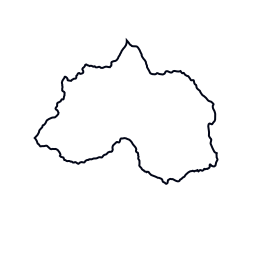 the district of Imues, Nariño, Colombia, rotated 330°
{"feature_id": "7082276B38506776880205", "entity_name": "Imues", "entity_type": "district", "adm_level": 2, "iso_a3": "COL", "parent_name": "Colombia", "parent_adm1": "Nariño", "projection": "robinson", "projection_center": [-77.501, 1.069], "detail": "fine", "context": "isolated", "style": "outline", "palette": "ink", "viewbox_px": 256, "rotation_deg": 330, "n_neighbors": 0, "source": "geoboundaries", "source_scale": "gbopen_adm2", "svg_char_len": 5803}
<svg xmlns="http://www.w3.org/2000/svg" viewBox="0 0 256 256"><g transform="rotate(330 128 128)"><path d="M214.0,150.1L213.8,148.8L213.2,146.9L211.6,145.1L211.1,144.1L210.6,140.9L209.7,138.3L209.0,137.0L208.8,136.2L208.6,133.2L208.8,132.4L208.8,131.7L207.8,129.0L207.6,127.9L207.7,127.0L208.4,125.2L208.4,124.7L207.9,123.7L207.8,122.8L207.9,122.2L208.7,119.7L208.6,119.4L208.3,119.1L206.8,118.4L206.5,118.1L206.4,117.5L206.4,116.0L206.1,113.3L205.1,112.3L204.4,111.1L204.1,110.5L203.8,108.2L203.6,108.0L202.6,107.8L202.3,107.5L202.0,106.3L202.0,105.2L201.9,104.9L200.8,104.7L199.9,104.3L198.6,103.4L197.5,102.4L196.7,101.8L196.0,101.5L194.9,101.5L194.2,101.8L193.4,101.7L192.8,101.4L192.0,100.5L190.8,98.8L190.3,98.4L189.5,98.0L189.1,98.0L188.6,98.1L187.1,99.1L186.6,99.2L185.1,99.1L184.7,98.9L182.1,96.9L181.0,95.3L180.5,95.0L179.3,95.2L178.2,95.0L177.2,94.3L176.0,93.5L175.2,92.5L174.8,91.9L174.7,91.3L174.9,89.0L174.9,85.0L175.0,84.6L175.6,83.5L175.8,81.6L176.4,79.8L176.5,79.5L176.4,77.4L176.1,76.1L175.9,73.5L176.1,72.0L176.6,71.1L176.7,69.0L177.0,66.3L176.9,63.6L176.6,62.3L176.2,61.7L175.5,61.1L173.3,59.8L172.3,58.9L172.1,58.0L171.8,57.6L171.4,56.6L171.2,54.2L170.7,51.6L170.2,52.5L169.4,53.6L167.7,55.2L165.3,56.4L163.7,56.9L161.1,58.1L159.3,59.4L158.0,60.1L157.5,60.6L155.3,61.7L154.1,62.7L152.2,63.5L151.1,63.6L150.3,63.5L148.8,62.9L147.0,62.7L146.5,62.9L146.1,63.3L145.4,64.7L144.6,65.7L143.8,65.8L142.8,66.3L141.6,65.5L140.5,64.5L139.5,63.8L138.2,63.5L136.2,63.3L135.0,62.6L134.6,62.3L134.0,60.9L133.2,60.4L131.8,60.1L130.7,59.5L130.2,59.0L130.1,58.1L129.9,57.9L129.5,57.7L128.5,57.5L128.1,56.7L127.3,55.8L126.7,55.4L125.7,55.2L125.5,54.9L125.1,54.2L124.1,53.2L123.8,52.3L123.3,52.0L122.5,52.0L121.4,52.9L120.9,53.1L119.9,53.4L118.9,53.5L118.0,54.1L117.8,54.4L117.7,56.3L117.5,56.7L117.1,57.4L116.8,57.6L116.4,57.8L115.5,57.8L114.0,57.4L113.6,57.1L113.4,56.2L113.1,55.9L111.8,55.8L110.4,56.8L109.4,57.0L108.3,58.6L107.5,59.0L107.0,58.9L105.8,58.3L105.5,58.3L103.5,58.3L102.3,58.7L100.5,57.3L99.9,56.8L99.7,56.5L99.8,55.8L100.1,55.5L100.2,55.1L100.2,54.4L100.1,53.9L99.7,52.8L99.4,52.4L99.1,52.1L98.7,52.1L98.0,52.7L95.0,54.2L94.4,54.7L93.4,55.7L93.1,56.4L92.8,57.5L92.6,58.0L92.2,58.4L92.0,59.3L91.5,60.2L90.8,60.9L89.8,62.6L89.9,63.3L90.7,64.8L90.7,65.4L90.7,65.9L89.9,66.9L89.5,67.8L88.3,68.8L86.9,70.5L86.7,70.7L86.0,70.8L85.3,70.2L84.8,70.1L82.9,71.2L81.4,71.1L80.9,71.2L80.0,71.0L79.6,71.0L78.8,71.5L77.7,73.4L77.4,73.7L75.7,74.3L75.0,74.9L74.9,75.3L74.9,75.7L75.0,76.2L75.6,77.2L75.7,77.9L75.5,78.6L75.5,80.0L74.5,81.1L72.2,81.9L70.3,82.2L69.9,82.2L68.3,81.4L67.1,81.0L64.0,80.7L61.7,80.8L61.2,81.0L59.0,82.5L58.4,82.8L57.1,83.2L56.6,83.3L55.6,83.1L55.2,83.3L54.5,84.1L53.9,84.5L52.5,84.9L50.4,85.6L49.9,85.9L48.6,87.3L47.1,88.2L46.1,88.8L42.2,90.0L42.4,90.8L42.5,92.6L42.5,93.6L42.0,96.2L42.1,96.6L42.6,97.6L42.7,99.0L42.9,100.0L43.3,100.3L44.5,100.7L46.2,101.7L48.0,102.3L48.4,102.5L48.7,102.7L49.0,103.2L50.1,106.8L50.5,107.5L51.0,108.0L52.2,108.4L53.7,109.4L54.9,110.0L55.2,110.4L55.9,111.5L56.2,112.2L56.5,115.0L56.3,116.9L56.1,117.4L55.8,117.7L55.1,118.1L55.4,119.3L57.3,121.3L56.9,123.9L57.4,124.1L58.5,126.0L58.8,126.3L59.1,126.5L59.6,126.6L60.6,127.2L61.0,127.6L61.5,128.4L62.4,128.9L62.7,129.4L63.0,130.3L63.9,130.9L65.1,131.1L65.6,131.5L66.4,133.1L67.0,134.1L67.5,134.2L69.0,133.9L70.1,134.1L70.9,134.4L72.0,135.4L72.8,135.9L73.3,135.9L74.8,135.2L75.4,135.2L76.7,135.3L77.9,135.9L78.6,135.7L79.0,135.8L80.8,136.9L81.4,137.0L82.9,137.2L84.6,138.1L85.8,138.6L88.0,138.8L89.2,139.3L90.0,140.1L90.8,140.4L91.2,140.3L92.9,139.6L93.4,139.5L94.3,139.5L95.8,139.9L96.5,139.8L98.5,139.2L100.2,139.4L101.6,140.2L102.6,140.2L103.9,139.2L104.6,137.5L105.0,136.8L106.1,135.8L106.8,135.5L111.0,134.5L111.6,134.7L112.4,135.6L113.0,136.0L113.3,136.0L114.2,135.5L115.7,134.0L116.5,133.6L117.2,133.8L117.7,134.2L119.9,135.0L121.2,136.1L121.7,136.9L122.7,138.1L123.2,138.7L123.7,140.0L124.1,142.0L124.1,144.6L124.7,147.9L124.8,148.9L124.7,149.9L124.5,150.6L123.8,151.3L123.4,151.9L123.3,152.5L123.4,153.3L124.0,154.1L124.1,154.6L123.5,156.2L123.0,156.9L122.8,158.1L121.8,159.2L121.5,159.9L121.6,161.8L121.4,162.3L120.2,164.5L119.0,166.2L119.0,167.2L119.5,169.2L119.5,170.8L120.0,172.0L120.5,172.7L120.5,173.3L120.7,173.9L121.8,174.9L121.9,175.5L123.0,175.7L123.4,175.9L123.9,176.7L123.9,177.8L124.6,180.3L127.6,184.0L129.0,186.1L130.0,186.7L131.5,188.7L131.8,189.7L131.4,191.5L131.4,192.1L131.6,192.5L132.4,193.5L132.9,195.1L133.4,195.5L134.1,195.5L134.5,195.4L134.9,195.2L136.2,193.6L136.6,193.2L138.8,193.1L139.4,193.4L140.2,194.1L141.0,194.5L141.3,194.8L142.7,197.1L143.6,198.3L144.6,199.2L145.5,199.5L146.3,199.4L147.2,198.8L148.8,198.8L150.8,198.3L152.4,198.4L154.6,197.3L157.0,196.8L158.0,196.6L160.0,196.6L160.8,196.8L161.9,197.3L162.7,197.4L162.9,197.6L163.4,198.4L163.9,198.8L164.4,198.6L165.1,198.8L165.9,199.3L166.2,199.3L166.6,199.1L167.1,199.2L167.1,200.3L167.3,200.8L167.6,200.8L168.2,200.5L169.3,200.5L169.9,200.8L170.7,201.9L171.2,202.2L172.6,202.1L173.3,201.6L173.7,201.6L174.3,202.3L175.3,202.5L176.2,203.1L176.8,203.0L177.3,203.2L177.6,203.2L178.8,202.9L179.3,202.5L179.8,202.0L180.1,201.0L180.7,200.6L181.1,200.8L181.2,201.1L181.6,202.7L182.2,203.3L182.5,203.8L183.3,204.3L183.6,204.4L185.0,204.2L187.0,202.0L188.1,201.2L189.3,200.5L189.7,200.1L189.9,199.4L190.1,197.7L190.9,196.3L191.3,195.3L192.3,194.2L191.4,193.1L191.0,192.2L190.9,191.1L191.1,187.9L191.7,182.9L192.2,182.1L194.2,179.9L194.4,179.1L194.1,177.3L194.1,175.7L194.2,175.2L196.0,172.3L196.7,170.7L198.4,166.6L199.3,165.5L199.9,165.0L200.4,164.9L200.8,164.9L201.2,165.2L202.5,166.7L202.9,166.7L204.6,165.9L206.4,165.3L206.7,165.1L207.7,164.2L210.4,159.7L210.8,158.8L211.3,156.7L211.4,153.9L211.7,152.7L212.4,151.3L212.9,150.9L213.7,150.5L214.0,150.1Z" fill="none" stroke="#020617" stroke-width="2"/></g></svg>